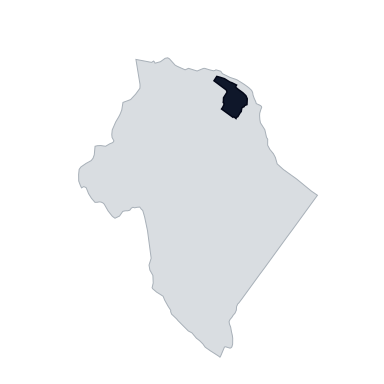 Nakapiripirit highlighted on a map of Uganda, rotated 306°
{"feature_id": "UGA-3128", "entity_name": "Nakapiripirit", "entity_type": "District", "adm_level": 1, "iso_a3": "UGA", "parent_name": "Uganda", "parent_adm1": "", "projection": "albers", "projection_center": [34.525, 2.013], "detail": "fine", "context": "in_parent", "style": "filled", "palette": "ink", "viewbox_px": 384, "rotation_deg": 306, "n_neighbors": 0, "source": "natural_earth", "source_scale": "10m", "svg_char_len": 2791}
<svg xmlns="http://www.w3.org/2000/svg" viewBox="0 0 384 384"><g transform="rotate(306 192 192)"><path d="M263.1,295.4L258.3,295.4L250.6,295.4L242.9,295.4L235.1,295.4L227.4,295.4L219.7,295.4L211.9,295.3L204.2,295.3L196.5,295.3L188.7,295.3L181.0,295.3L173.2,295.3L165.5,295.2L157.8,295.2L150.0,295.2L142.3,295.2L134.6,295.2L130.0,295.1L129.1,295.0L128.5,294.8L125.5,295.4L122.5,297.3L119.3,298.0L115.9,297.7L115.4,297.9L113.7,297.9L111.2,297.7L108.9,298.2L107.2,299.9L105.4,302.7L102.2,306.0L99.7,308.9L97.6,310.9L92.8,314.3L90.1,315.3L88.8,315.1L88.0,314.5L86.5,310.1L85.6,309.4L76.2,311.6L74.8,311.7L74.9,310.3L74.3,300.1L74.2,293.9L75.5,290.0L76.2,285.5L76.3,281.5L78.0,274.7L77.4,270.7L79.7,256.4L80.3,254.1L81.2,247.3L82.6,245.1L83.8,244.3L85.4,240.1L88.5,233.4L90.7,229.9L90.2,222.3L90.6,217.2L91.1,216.0L95.6,214.1L101.5,209.4L104.1,203.8L107.6,200.2L114.4,197.9L134.6,178.7L144.0,168.3L148.1,163.0L148.3,161.1L149.1,158.6L147.4,156.6L145.5,154.9L144.9,153.2L143.2,152.4L140.8,152.4L139.2,151.2L137.4,148.9L135.6,147.4L129.9,147.5L125.5,145.1L125.5,141.9L127.3,135.4L130.6,128.1L130.8,126.1L130.4,124.4L129.6,122.9L128.0,121.4L126.6,119.6L127.8,114.4L129.9,109.2L131.6,106.6L133.3,103.7L132.8,101.3L130.4,100.2L131.7,97.8L134.3,93.9L139.5,90.0L144.0,87.4L147.0,87.4L152.9,89.5L158.2,92.0L161.1,92.1L164.6,91.1L172.0,86.7L173.7,88.1L175.9,90.8L178.2,95.2L182.8,97.2L185.0,98.6L186.6,99.0L187.5,98.7L189.2,95.2L191.4,93.3L195.3,91.0L203.9,89.1L210.1,88.5L212.7,88.1L217.0,87.0L223.9,83.5L230.7,88.0L238.1,88.9L245.3,88.9L247.4,87.5L248.7,86.5L256.2,78.9L266.3,68.7L273.1,83.1L275.4,84.0L275.1,85.2L274.5,86.4L278.9,89.9L284.4,91.7L286.3,93.5L286.5,95.4L284.7,103.8L285.0,106.2L286.8,114.6L290.0,116.5L292.9,125.0L298.7,128.6L299.5,129.6L300.9,133.7L302.7,138.2L304.1,139.3L304.9,139.5L306.6,144.3L305.6,147.0L307.0,155.2L309.2,162.4L309.8,171.1L309.8,175.0L309.7,177.3L309.2,180.6L308.2,182.5L306.3,184.4L304.3,187.3L302.5,190.5L301.3,192.0L302.2,196.7L302.0,198.0L301.5,198.6L298.9,199.3L295.5,200.5L293.5,201.8L290.6,204.2L288.2,206.7L285.2,214.3L280.0,220.2L279.2,222.2L274.3,225.7L272.2,230.0L270.8,235.4L268.9,239.2L264.8,244.4L263.9,252.7L264.0,269.2L262.9,288.0L263.1,295.4Z" fill="#d9dde1" stroke="#a8b0b8" stroke-width="1"/><path d="M292.2,183.9L291.4,183.9L290.9,183.5L290.3,183.2L289.2,182.9L286.1,184.5L283.7,184.4L279.9,184.8L279.2,184.5L278.7,184.1L278.0,184.2L277.3,184.4L277.5,181.4L277.1,181.2L276.5,181.2L276.5,167.1L278.2,167.1L280.7,166.7L282.4,166.1L282.8,164.6L284.3,163.8L286.8,162.1L293.4,161.7L294.7,159.8L294.9,144.4L300.1,144.1L301.4,147.5L302.8,151.7L303.2,157.9L303.9,160.2L304.7,165.2L302.4,165.5L302.2,169.2L302.2,174.8L301.6,179.0L299.9,181.9L297.6,183.4L295.0,185.1L293.0,183.8L292.2,183.9Z" fill="#0f172a" stroke="#020617" stroke-width="1.5"/></g></svg>